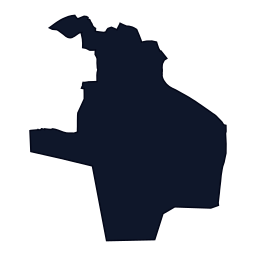 Apapa, Lagos, Nigeria (Albers equal-area conic projection)
{"feature_id": "59680162B5781056238943", "entity_name": "Apapa", "entity_type": "district", "adm_level": 2, "iso_a3": "NGA", "parent_name": "Nigeria", "parent_adm1": "Lagos", "projection": "albers", "projection_center": [3.364, 6.438], "detail": "fine", "context": "isolated", "style": "filled", "palette": "ink", "viewbox_px": 256, "rotation_deg": 0, "n_neighbors": 0, "source": "geoboundaries", "source_scale": "gbopen_adm2", "svg_char_len": 2478}
<svg xmlns="http://www.w3.org/2000/svg" viewBox="0 0 256 256"><path d="M120.1,23.3L119.8,24.2L116.9,29.8L115.0,28.8L111.4,27.3L108.0,28.5L106.9,29.9L105.6,32.3L104.8,32.2L103.7,32.5L100.4,32.1L97.3,31.7L95.4,31.3L95.3,30.3L95.5,28.4L94.2,27.6L93.0,26.4L92.3,25.1L91.9,23.9L90.7,22.0L89.7,19.8L89.1,19.5L87.7,19.3L87.9,18.4L88.0,17.5L86.5,16.6L84.9,16.4L84.1,16.3L81.6,17.3L77.7,18.9L76.8,18.1L75.4,16.4L74.8,15.4L71.6,15.8L68.4,16.6L66.4,17.4L65.1,17.9L62.6,19.0L60.7,20.0L57.3,22.1L55.7,23.2L49.4,27.8L52.3,29.2L54.4,29.4L56.8,29.6L58.2,30.3L60.1,31.7L63.5,34.2L65.9,36.2L67.7,37.2L69.1,37.6L70.6,37.7L72.0,37.4L72.9,36.9L74.6,36.0L77.0,34.3L78.7,33.1L80.2,32.5L81.5,32.5L81.3,32.7L81.2,33.0L81.4,33.7L82.0,36.6L82.5,39.1L82.7,42.0L82.8,43.2L82.7,47.6L85.9,48.2L87.4,48.9L88.9,49.7L89.8,50.1L93.3,50.1L95.4,49.9L95.3,50.4L95.3,51.8L95.2,54.5L96.6,57.0L96.8,57.6L97.1,58.4L97.2,59.5L97.1,63.0L97.3,65.9L97.4,68.0L97.9,69.7L97.2,72.6L97.0,75.2L97.1,81.6L92.0,81.8L88.6,81.9L86.1,82.3L84.2,82.5L83.1,82.4L83.0,82.8L82.7,83.7L82.6,86.1L82.1,86.6L81.5,88.2L83.1,88.5L84.2,88.5L84.3,94.1L84.3,99.0L80.7,106.9L78.8,111.0L77.9,112.9L77.7,115.3L77.6,120.5L77.6,126.6L77.5,130.0L77.6,131.3L77.6,131.9L76.0,132.6L74.0,133.2L66.7,133.1L63.2,132.2L57.9,130.2L55.3,129.4L52.6,128.9L51.1,129.5L48.9,129.4L46.3,129.1L44.7,128.9L44.6,129.5L44.0,129.4L43.1,129.1L41.5,128.8L40.7,129.8L38.6,130.0L38.0,129.5L37.7,129.9L30.7,130.5L30.0,130.7L30.4,139.6L30.9,151.5L59.7,158.0L92.0,165.8L92.5,166.3L106.6,240.6L154.7,239.6L162.9,213.7L174.7,206.8L210.8,208.0L218.4,205.3L218.1,202.7L219.3,192.4L219.5,189.9L220.5,181.3L221.1,175.0L222.0,169.5L222.6,166.4L224.0,162.2L225.3,155.9L225.9,153.3L226.0,143.9L225.8,139.6L225.5,133.4L226.0,131.4L225.9,125.4L223.8,124.9L222.9,123.8L222.4,122.9L221.9,122.1L220.3,120.4L218.3,118.4L216.4,116.4L216.1,116.1L215.4,115.5L214.4,114.7L212.8,113.7L211.0,112.4L209.9,111.6L209.3,111.2L201.3,105.6L197.9,103.3L195.2,101.4L192.6,99.8L189.0,97.5L184.8,95.1L181.7,93.4L179.4,92.1L175.6,90.0L173.3,88.9L172.0,88.3L170.3,87.3L169.6,86.9L168.9,86.4L168.2,85.8L166.7,84.5L165.7,83.4L163.9,80.9L163.1,79.5L162.3,77.4L162.0,75.9L162.1,74.0L162.0,72.9L162.2,71.1L162.2,69.7L162.0,68.0L162.1,65.5L162.4,63.6L164.2,60.0L166.8,58.4L160.9,51.0L160.1,51.1L158.6,48.5L157.3,44.8L156.5,42.1L151.9,41.1L146.6,41.2L141.6,42.2L140.8,39.8L138.8,34.7L136.6,29.5L134.1,28.0L132.1,27.1L128.9,26.3L126.6,26.2L123.0,24.7L120.1,23.3Z" fill="#0f172a" stroke="#020617" stroke-width="1.5"/></svg>